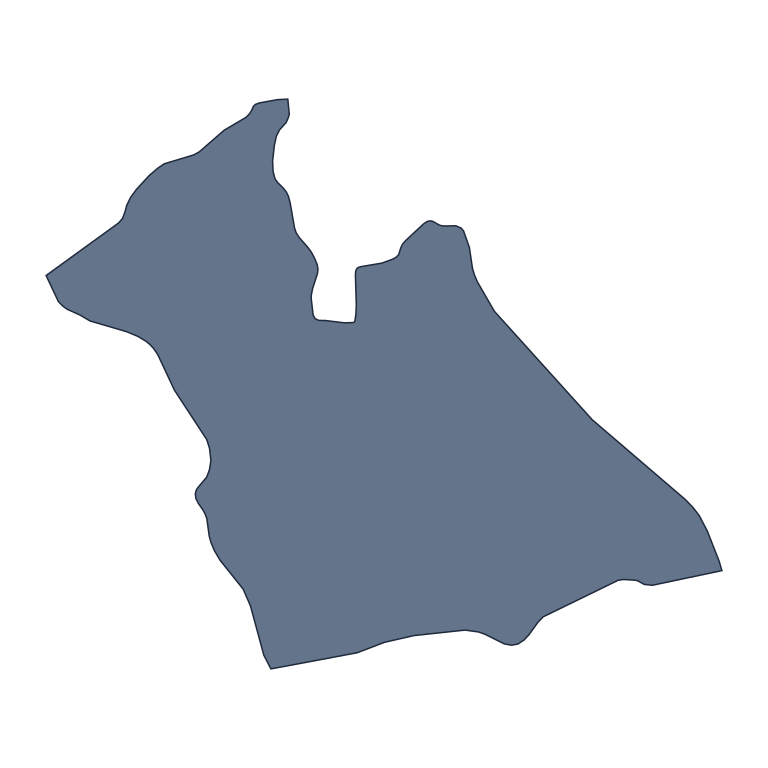 map outline of Laghouat (Albers equal-area conic projection)
{"feature_id": "DZA-2193", "entity_name": "Laghouat", "entity_type": "Province", "adm_level": 1, "iso_a3": "DZA", "parent_name": "Algeria", "parent_adm1": "", "projection": "albers", "projection_center": [2.543, 33.694], "detail": "fine", "context": "isolated", "style": "filled", "palette": "slate", "viewbox_px": 768, "rotation_deg": 0, "n_neighbors": 0, "source": "natural_earth", "source_scale": "10m", "svg_char_len": 1864}
<svg xmlns="http://www.w3.org/2000/svg" viewBox="0 0 768 768"><path d="M270.9,668.9L263.8,655.1L250.5,606.0L243.2,589.2L220.1,560.3L214.5,550.8L211.0,542.6L209.2,536.0L206.8,518.5L205.2,514.1L203.1,510.2L198.4,503.5L195.9,498.5L195.3,494.0L196.1,490.6L197.7,487.8L206.7,477.1L209.4,469.9L210.9,460.7L209.5,448.2L206.7,439.5L174.4,390.1L157.8,354.7L153.7,348.6L149.7,344.3L145.7,341.1L137.9,336.4L126.6,331.7L90.1,321.0L79.9,315.0L67.4,309.4L63.0,306.3L58.4,301.6L46.1,275.5L118.7,222.9L122.6,218.3L125.2,211.2L126.7,205.3L130.6,197.4L136.6,189.2L149.4,175.3L157.9,168.1L164.2,163.8L193.7,154.9L199.2,151.9L224.3,130.1L246.2,117.2L249.8,113.4L251.7,110.2L253.5,106.1L255.6,104.3L259.8,102.8L277.8,99.6L287.8,99.1L289.3,114.3L288.2,117.9L286.2,122.5L279.6,129.8L276.4,136.1L274.4,145.2L272.6,161.3L273.1,171.5L275.1,179.1L278.1,183.0L283.2,188.0L286.1,191.6L288.4,196.2L290.2,203.0L294.5,227.8L296.1,232.6L299.1,237.4L307.7,247.2L311.3,252.1L314.3,257.6L317.2,264.5L318.0,269.3L317.4,273.8L312.5,289.0L311.2,295.9L311.3,299.1L313.1,314.9L315.1,318.6L318.7,320.4L325.3,320.5L344.2,322.8L352.4,322.6L354.0,322.3L354.9,320.9L355.9,314.0L356.3,305.4L355.4,274.6L355.7,271.2L356.6,268.9L358.0,267.6L360.5,266.7L381.9,263.1L392.8,259.1L396.1,257.2L398.6,254.8L400.8,247.8L402.5,244.2L405.6,240.6L423.3,224.1L427.1,221.5L430.4,220.8L433.1,221.5L438.6,224.7L440.9,225.6L444.3,226.0L455.8,225.8L461.1,228.0L463.6,231.0L469.4,247.5L472.5,268.5L474.5,275.1L477.2,281.5L494.4,311.3L592.3,419.8L685.5,499.7L693.0,507.5L699.2,515.5L707.3,531.0L719.2,561.3L721.9,570.6L652.3,585.3L644.2,584.4L637.8,580.9L635.3,580.2L623.4,579.5L617.4,580.4L616.5,581.1L543.2,616.8L538.0,622.2L529.0,634.7L524.2,639.9L518.0,644.0L511.7,645.2L504.5,644.0L484.8,634.2L478.6,632.0L465.0,630.1L413.8,635.6L384.6,642.3L357.0,652.8L270.9,668.9Z" fill="#64748b" stroke="#1e293b" stroke-width="1.5"/></svg>